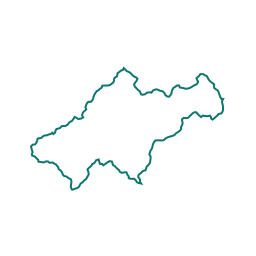 Dom Joaquim, Minas Gerais, Brazil (Robinson projection), rotated 244°
{"feature_id": "56859067B12051432209613", "entity_name": "Dom Joaquim", "entity_type": "district", "adm_level": 2, "iso_a3": "BRA", "parent_name": "Brazil", "parent_adm1": "Minas Gerais", "projection": "robinson", "projection_center": [-43.263, -18.933], "detail": "fine", "context": "isolated", "style": "outline", "palette": "teal", "viewbox_px": 256, "rotation_deg": 244, "n_neighbors": 0, "source": "geoboundaries", "source_scale": "gbopen_adm2", "svg_char_len": 3506}
<svg xmlns="http://www.w3.org/2000/svg" viewBox="0 0 256 256"><g transform="rotate(244 128 128)"><path d="M105.3,89.5L105.6,91.7L106.1,94.0L106.3,96.9L104.9,98.8L102.8,98.5L101.1,98.3L99.6,99.4L97.7,99.9L95.8,100.7L94.0,101.5L92.0,101.5L90.2,103.1L89.8,105.2L88.9,107.2L86.2,107.0L84.2,107.4L82.6,106.7L81.1,108.2L79.6,111.4L77.2,112.1L75.1,112.4L73.8,113.6L72.3,115.5L74.3,115.3L76.7,116.2L79.2,115.7L80.8,116.5L81.6,118.1L81.8,119.9L82.6,121.7L82.7,123.4L82.3,125.1L83.4,126.3L84.8,127.5L85.8,130.0L87.0,132.5L88.6,133.5L90.3,134.7L92.7,135.9L94.6,135.5L95.8,136.4L97.5,138.0L99.1,140.5L100.8,142.0L102.2,143.1L103.4,144.5L104.8,146.8L104.1,149.0L103.0,151.0L102.0,152.9L101.4,154.8L102.1,157.0L102.2,159.9L101.8,162.5L101.4,164.6L101.4,166.9L102.2,169.0L102.4,171.5L102.9,173.6L103.7,175.2L105.5,176.0L107.0,178.1L108.8,179.4L110.5,179.7L112.3,180.5L112.6,182.7L111.4,184.5L110.8,186.2L111.6,188.5L112.2,190.5L112.9,192.6L113.0,194.7L112.2,196.3L110.2,196.8L108.0,197.5L105.8,198.5L106.3,200.8L105.1,202.3L103.8,204.6L103.1,207.1L101.3,207.3L99.8,206.9L98.5,207.7L98.8,209.5L99.4,211.1L99.9,213.4L100.9,215.6L100.2,218.3L101.3,220.2L102.9,221.5L104.3,222.1L106.2,223.0L107.9,223.4L109.4,223.7L111.0,224.4L112.4,226.2L113.2,224.7L114.9,224.5L117.1,224.7L119.1,224.9L121.0,225.2L122.7,225.0L124.1,224.1L125.8,223.1L127.8,223.5L129.4,224.6L131.4,223.6L133.7,222.4L136.2,221.7L138.5,221.7L140.4,221.5L141.5,220.3L142.9,219.6L144.0,218.3L144.7,216.6L143.6,214.6L142.8,211.4L140.8,211.2L138.7,211.3L137.2,209.0L137.3,206.0L137.0,203.3L136.9,200.7L137.4,198.5L138.2,196.8L139.4,195.5L140.6,193.9L141.7,192.4L143.9,192.5L144.7,190.8L144.4,188.8L144.0,186.0L142.2,183.8L140.1,182.3L138.9,180.5L138.1,178.5L139.5,176.8L141.6,175.9L143.8,176.1L145.8,175.2L147.3,173.2L149.0,171.9L150.3,170.5L150.7,168.9L150.7,166.7L149.5,164.6L150.8,162.8L151.4,160.5L150.9,158.0L151.4,156.0L152.4,154.5L154.0,154.6L156.0,154.7L157.6,153.7L159.8,153.1L162.2,152.3L164.6,152.6L165.8,154.7L166.8,156.6L168.1,158.1L169.7,157.6L171.5,156.1L173.3,155.2L175.3,154.7L177.4,153.8L179.7,151.8L182.0,151.1L183.7,150.5L182.4,148.9L182.7,146.6L182.1,144.7L182.0,142.9L180.6,141.7L179.2,140.7L179.2,139.0L178.6,137.2L176.8,136.3L175.4,134.8L174.9,132.6L174.5,130.3L175.1,128.4L175.9,126.7L176.7,125.0L177.3,123.4L175.8,121.9L175.5,119.8L174.9,118.0L174.8,115.9L173.7,114.1L172.7,112.4L171.2,110.7L169.5,109.5L168.6,108.0L167.7,106.3L168.9,103.9L168.2,101.8L166.9,100.4L165.4,98.9L162.9,98.5L162.1,95.3L161.1,93.7L159.7,92.3L157.1,92.3L157.1,89.8L157.8,87.3L160.0,86.0L161.3,84.8L160.2,83.2L159.0,80.9L158.8,77.8L157.4,75.1L157.3,72.4L158.7,69.4L157.9,67.2L157.9,65.4L158.5,63.4L157.5,61.8L155.8,60.4L155.3,58.2L156.9,58.0L156.5,55.8L157.0,53.6L157.0,51.6L157.8,50.0L157.8,47.9L157.1,46.0L157.5,44.3L158.1,42.2L156.5,40.9L154.9,39.2L154.0,37.2L154.8,35.1L153.9,32.7L152.0,32.3L150.2,32.0L147.9,31.6L146.7,30.1L145.1,29.8L143.5,31.6L140.9,32.5L138.7,33.3L136.9,32.8L135.4,35.1L134.1,36.9L134.0,39.3L133.1,41.4L131.1,42.2L130.1,45.1L128.3,46.1L126.9,47.3L125.1,47.6L123.6,48.1L121.5,47.6L119.2,48.9L116.8,49.3L114.8,48.9L112.8,49.6L111.3,51.5L109.3,52.4L106.9,54.2L104.6,53.7L102.7,52.4L100.8,51.1L98.7,50.5L97.0,50.8L96.7,53.2L96.4,55.5L96.4,57.7L97.7,59.5L98.9,61.2L99.1,63.4L100.1,65.5L100.5,68.1L101.9,69.8L102.7,71.3L103.9,72.6L106.4,73.2L108.5,73.4L109.2,75.0L109.6,76.7L110.3,78.8L111.4,80.3L111.1,82.0L112.1,83.9L113.0,85.3L112.6,87.8L110.1,87.4L108.1,87.0L107.0,89.0L105.3,89.5Z" fill="none" stroke="#0f766e" stroke-width="2"/></g></svg>